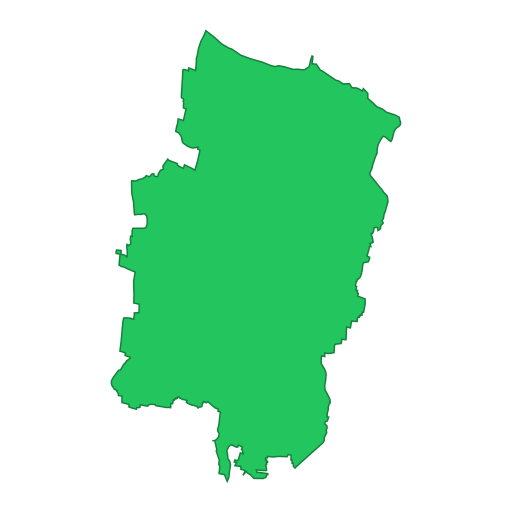 the district of Kota Pekalongan, Jawa Tengah, Indonesia
{"feature_id": "22746128B98453198956040", "entity_name": "Kota Pekalongan", "entity_type": "district", "adm_level": 2, "iso_a3": "IDN", "parent_name": "Indonesia", "parent_adm1": "Jawa Tengah", "projection": "equal_earth", "projection_center": [109.672, -6.894], "detail": "fine", "context": "isolated", "style": "filled", "palette": "green", "viewbox_px": 512, "rotation_deg": 0, "n_neighbors": 0, "source": "geoboundaries", "source_scale": "gbopen_adm2", "svg_char_len": 6052}
<svg xmlns="http://www.w3.org/2000/svg" viewBox="0 0 512 512"><path d="M399.2,117.2L395.0,115.0L386.4,112.2L382.4,109.0L376.7,106.7L373.1,103.0L367.8,98.4L367.8,93.3L363.3,88.6L362.3,91.1L359.2,89.1L356.7,88.0L352.0,87.7L349.4,83.7L343.0,83.9L338.8,81.0L335.6,80.1L322.9,71.4L320.3,70.1L316.4,64.2L312.1,63.8L312.9,56.4L312.0,56.0L310.3,61.3L309.8,64.2L309.0,66.8L304.8,69.6L303.0,69.9L298.0,69.2L293.2,69.4L284.1,66.7L278.6,65.7L275.4,66.6L271.2,65.7L262.5,62.2L249.9,58.6L240.6,55.1L231.7,49.0L228.8,48.1L221.5,43.8L215.3,38.1L205.9,30.7L203.9,35.6L200.9,41.3L198.6,48.1L197.0,56.6L196.3,58.5L196.4,60.1L196.1,65.3L195.6,70.5L188.7,67.9L188.4,71.0L187.6,70.4L184.1,69.5L183.4,69.5L183.0,69.8L182.8,70.3L182.5,77.6L181.3,97.0L181.5,97.7L183.4,99.0L183.7,99.6L183.2,101.5L183.6,102.4L183.4,107.8L186.0,109.1L183.4,120.5L178.2,118.9L177.6,123.4L176.6,126.6L175.7,131.4L178.4,132.7L180.6,135.3L181.3,136.7L182.1,140.8L182.6,142.2L183.4,143.3L187.4,146.1L191.1,147.7L192.9,148.0L198.1,147.2L197.7,149.0L200.0,150.3L197.3,162.1L194.9,170.2L192.6,168.7L184.5,164.8L183.5,168.3L182.5,168.1L177.6,165.4L177.4,163.6L168.9,160.4L167.8,159.1L162.9,166.0L163.3,169.4L160.6,170.2L159.7,171.4L159.5,172.2L158.3,173.6L158.2,175.4L157.9,176.0L156.6,176.7L155.9,176.3L154.5,176.2L154.1,175.5L153.8,173.8L153.3,173.7L151.5,174.3L150.9,175.0L150.9,175.4L149.5,176.6L148.8,176.6L146.3,175.6L144.8,177.3L142.2,178.8L138.3,179.6L137.1,180.5L135.3,181.0L131.7,180.8L131.5,182.0L131.8,193.5L133.4,201.3L134.2,210.8L134.2,212.0L134.6,214.8L138.5,214.3L140.9,214.5L143.9,213.7L144.9,214.1L145.7,215.0L146.7,215.8L147.1,218.3L147.2,224.1L146.3,226.6L145.5,227.7L144.4,228.3L133.0,228.3L132.2,230.1L132.0,235.2L132.2,236.5L130.6,236.2L130.4,237.8L130.3,239.9L130.6,240.8L130.5,241.9L130.8,243.1L130.2,244.5L128.7,245.5L128.4,245.0L126.9,244.4L126.8,248.0L127.1,249.4L127.3,253.0L126.9,256.8L125.1,255.5L123.7,254.8L121.0,254.3L121.2,250.5L116.6,250.0L116.1,251.7L116.1,253.4L120.1,254.2L119.0,265.1L121.5,266.6L122.9,266.7L125.3,267.6L126.8,268.5L135.2,272.1L133.6,281.2L134.0,293.8L133.8,303.0L139.2,304.2L139.0,312.7L134.3,312.9L134.3,315.6L134.0,316.5L133.8,319.2L130.7,318.6L130.7,318.2L125.0,317.8L123.7,318.0L122.9,321.9L121.1,341.8L119.9,351.1L124.8,352.7L125.4,353.1L125.1,355.5L130.1,357.2L130.3,357.9L129.2,359.0L126.7,360.7L125.2,363.1L124.0,363.9L120.5,369.9L118.5,370.4L113.5,377.1L111.5,380.6L111.4,382.7L111.7,385.1L114.4,389.3L116.4,390.1L116.5,390.4L117.1,390.8L116.9,391.4L118.3,393.5L118.4,395.5L122.0,396.1L121.9,402.5L129.1,404.5L128.8,406.8L131.2,407.8L136.4,409.2L136.7,407.7L137.1,407.4L137.9,407.6L139.9,407.4L140.2,404.8L147.6,406.2L149.0,404.7L151.1,404.3L155.0,404.5L155.6,405.6L166.5,407.5L168.6,407.4L170.7,407.7L170.8,403.5L172.6,403.7L173.4,399.9L174.5,400.1L174.7,398.9L175.9,399.0L175.9,398.1L177.2,398.3L177.6,397.0L179.1,397.1L179.1,397.6L182.6,399.5L183.9,399.6L187.0,400.5L186.4,402.5L189.6,404.2L192.0,405.2L193.1,405.3L196.9,406.3L198.0,408.0L198.9,407.2L200.3,407.0L201.8,406.6L202.4,403.6L202.6,403.7L203.6,401.5L206.4,402.8L207.5,401.7L208.8,402.4L211.9,405.3L214.7,407.6L216.2,408.4L218.3,408.9L218.0,411.3L220.4,412.0L219.7,417.7L219.4,419.6L219.3,421.8L218.8,424.9L219.0,425.0L218.1,427.6L217.6,429.3L217.7,430.7L218.1,431.8L219.2,433.6L219.1,434.6L218.6,436.9L216.5,439.5L214.6,440.6L212.3,440.7L214.7,440.6L216.8,449.5L216.2,450.9L219.4,460.4L219.0,462.0L218.8,464.3L219.5,465.6L219.7,467.6L219.0,473.5L224.5,474.7L227.2,481.3L228.9,477.2L229.4,472.0L230.5,465.0L229.9,461.6L227.9,458.8L227.4,453.2L226.7,450.9L228.6,446.7L231.2,444.7L236.3,447.1L237.7,447.1L238.4,445.1L242.5,447.1L241.5,449.6L242.3,450.0L243.1,453.8L240.3,452.9L238.4,459.4L237.4,460.6L234.8,460.0L234.3,462.1L236.5,462.6L234.9,465.7L240.9,466.5L240.9,469.4L242.6,469.6L245.2,470.9L245.0,471.6L242.9,475.3L246.2,471.4L247.3,472.9L250.3,474.7L253.9,478.4L263.2,478.5L265.9,477.3L266.9,474.7L267.8,474.6L267.7,473.6L256.7,472.1L256.4,469.9L263.5,470.6L266.5,470.5L266.5,468.3L265.6,465.3L266.6,464.6L266.3,462.6L267.5,462.5L267.6,461.4L266.5,461.2L266.6,460.0L265.6,459.9L265.6,458.0L267.4,457.9L267.4,456.4L273.3,457.0L278.2,456.4L287.1,456.7L288.2,454.5L291.1,455.2L291.0,460.1L292.1,460.2L292.1,463.3L293.2,463.3L293.5,466.5L294.8,467.9L295.4,467.9L296.1,466.8L323.0,442.7L324.1,440.7L324.4,437.3L326.7,432.7L326.2,429.9L327.1,428.2L326.9,425.7L324.7,423.8L325.5,421.4L327.3,421.0L328.7,417.1L327.0,416.8L327.4,412.7L328.4,409.1L328.2,407.3L329.0,404.6L330.2,402.7L330.3,402.3L329.8,401.6L330.1,400.9L330.0,399.7L329.7,398.8L327.0,393.4L325.0,389.9L324.7,385.6L325.5,381.3L326.1,375.1L325.8,372.2L324.4,368.9L321.4,363.8L321.1,360.6L321.5,355.9L324.7,356.6L324.8,353.0L328.1,353.5L331.0,353.2L334.1,352.6L334.4,346.8L334.6,344.9L335.5,344.2L341.2,343.5L341.8,339.2L344.8,339.7L346.0,339.7L346.6,327.0L350.4,327.9L351.6,321.1L357.1,321.5L357.7,317.1L359.4,317.3L359.6,315.8L360.2,315.8L360.3,315.0L361.9,315.2L362.4,312.1L363.6,312.2L365.2,303.5L365.1,298.9L357.7,296.1L358.2,293.5L357.5,293.2L357.5,290.5L355.9,290.1L356.6,286.5L355.5,286.0L355.6,284.6L356.2,281.5L356.7,281.6L357.5,279.1L358.2,279.2L360.2,277.2L361.7,272.9L361.6,271.9L361.7,271.5L362.0,271.3L362.7,265.6L363.3,262.8L368.3,261.8L369.6,258.5L369.7,257.3L367.0,256.1L369.0,249.2L369.6,246.3L370.9,246.6L370.3,244.0L369.9,243.4L372.2,242.9L373.2,242.2L372.8,239.6L371.6,235.1L371.3,233.4L372.3,233.4L372.8,233.0L373.5,231.6L374.0,228.2L374.3,227.7L376.1,227.4L377.4,227.7L377.7,228.3L378.0,230.5L379.7,229.4L380.5,228.3L380.8,225.6L382.9,223.6L383.2,222.9L382.0,221.1L382.1,220.6L383.4,218.6L384.3,213.3L384.9,212.6L388.0,201.5L387.4,196.9L387.0,195.8L383.8,192.4L381.6,189.2L378.4,185.5L375.7,182.0L370.6,175.8L369.6,173.9L371.9,168.3L372.8,164.7L374.9,158.2L376.2,155.0L377.0,153.7L377.1,149.7L377.6,146.9L378.2,144.5L379.7,141.5L382.2,137.3L383.1,136.4L383.8,136.4L385.4,137.0L389.1,140.4L390.9,141.5L391.8,139.9L392.3,138.6L393.8,132.6L394.5,130.8L395.1,129.7L396.3,128.2L399.4,125.9L400.3,124.7L400.6,122.3L399.9,120.3L399.2,117.2Z" fill="#22c55e" stroke="#15803d" stroke-width="1.5"/></svg>